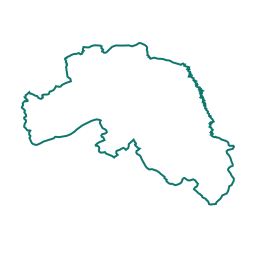 the district of Nalae, Louang Namtha, Laos, rotated 263°
{"feature_id": "54806243B58985543260774", "entity_name": "Nalae", "entity_type": "district", "adm_level": 2, "iso_a3": "LAO", "parent_name": "Laos", "parent_adm1": "Louang Namtha", "projection": "equal_earth", "projection_center": [101.371, 20.533], "detail": "fine", "context": "isolated", "style": "outline", "palette": "teal", "viewbox_px": 256, "rotation_deg": 263, "n_neighbors": 0, "source": "geoboundaries", "source_scale": "gbopen_adm2", "svg_char_len": 5928}
<svg xmlns="http://www.w3.org/2000/svg" viewBox="0 0 256 256"><g transform="rotate(263 128 128)"><path d="M208.6,142.1L209.9,138.9L210.5,132.3L211.4,126.1L210.5,122.1L205.8,115.9L205.5,114.6L205.6,113.4L207.0,112.6L206.9,112.0L207.1,111.6L208.1,112.3L208.6,112.1L209.0,112.7L210.7,111.2L212.3,111.8L213.2,110.4L214.1,105.3L214.1,104.0L214.0,102.7L213.2,100.2L212.8,99.6L212.9,97.6L213.8,93.7L211.4,92.7L210.9,92.7L210.0,93.5L209.2,92.1L208.7,92.3L208.3,91.7L207.4,91.5L207.2,91.1L207.0,89.7L208.1,88.8L208.3,88.2L207.8,85.3L208.0,84.8L207.9,82.7L207.2,80.1L206.5,78.9L206.1,77.0L205.5,75.7L205.0,75.6L204.9,74.4L204.3,73.9L203.3,74.1L202.2,74.9L200.9,74.3L199.9,75.1L199.3,75.1L199.0,74.8L198.5,75.2L197.7,75.1L196.2,74.0L186.2,74.2L183.8,76.8L181.3,77.0L180.3,72.0L178.7,67.5L177.6,66.6L177.2,65.3L178.2,61.5L177.1,60.9L174.9,59.0L174.1,57.1L173.6,54.7L171.4,53.5L171.1,52.4L171.4,48.4L171.2,47.1L170.6,46.8L170.3,47.2L168.7,47.2L168.6,46.6L167.8,46.1L167.5,45.5L167.9,44.2L168.9,42.7L170.8,41.7L171.3,40.0L172.8,38.0L174.0,35.8L174.1,35.0L175.6,34.4L173.6,31.7L173.2,30.6L172.8,30.3L171.0,30.1L171.0,29.3L169.7,30.0L169.0,30.9L168.3,30.9L167.8,31.7L167.0,31.6L166.9,30.3L167.3,28.9L166.6,27.9L165.4,26.5L163.3,26.6L161.7,25.2L160.7,25.3L159.2,27.0L157.8,27.8L156.3,27.0L153.4,28.4L151.9,28.2L151.1,26.4L150.7,26.1L149.5,26.3L148.2,27.6L147.6,27.7L146.1,27.2L145.2,26.2L142.3,25.1L141.4,25.3L140.2,26.5L138.0,27.7L137.7,28.4L137.7,29.8L137.3,30.7L135.4,29.3L133.2,29.2L132.4,30.1L131.8,30.1L131.1,29.9L130.2,29.0L125.9,30.3L124.7,30.8L123.9,31.6L122.9,33.3L122.3,35.4L123.7,39.9L124.8,42.3L126.8,53.1L127.8,54.2L128.1,55.0L127.3,58.8L127.7,66.3L128.8,70.3L131.0,74.6L132.8,77.0L136.2,83.1L139.4,92.3L140.0,94.9L140.4,97.9L139.4,101.0L138.8,101.8L137.7,101.1L136.2,100.7L131.0,102.7L129.8,104.6L128.4,106.1L126.6,106.5L125.6,105.5L125.1,103.3L125.0,101.6L123.8,100.6L122.5,100.9L121.7,102.3L118.9,103.2L118.2,101.2L117.5,97.9L116.4,95.6L115.0,93.8L114.4,93.9L114.0,95.6L113.1,96.6L111.6,97.1L109.1,96.3L108.0,96.6L106.9,97.9L106.7,100.8L106.9,102.2L105.2,103.2L102.2,108.8L100.4,110.6L101.1,111.3L101.5,112.5L102.6,114.5L104.3,113.3L105.8,113.4L106.7,114.0L107.4,117.4L108.2,118.8L108.8,121.1L108.1,122.1L106.6,123.2L108.0,125.7L109.8,126.5L111.9,126.8L115.7,132.2L112.5,133.4L111.9,134.0L111.1,133.9L110.6,132.9L110.0,133.0L106.5,135.9L106.1,137.0L104.9,135.5L104.3,133.8L102.8,133.2L101.1,133.9L99.6,136.1L98.1,137.1L95.3,137.8L88.0,140.8L86.2,141.9L84.3,143.9L84.2,146.9L82.1,151.2L80.1,153.6L78.4,154.9L75.0,158.4L73.9,158.0L71.9,160.1L71.2,159.6L70.5,159.7L69.2,160.8L67.8,162.3L67.3,163.4L67.3,164.8L65.5,168.0L65.7,169.7L66.3,172.2L67.4,174.3L70.6,176.0L71.5,177.4L71.5,178.0L68.8,181.0L68.4,182.8L69.1,186.5L67.7,188.5L66.9,188.7L64.1,190.6L61.5,189.2L60.8,187.2L59.2,186.0L57.0,188.2L54.3,190.3L53.8,191.2L52.5,192.2L51.9,193.1L50.4,193.3L49.4,194.5L48.3,196.5L46.9,197.1L47.0,197.3L45.6,198.4L44.0,199.0L42.7,199.1L42.0,200.4L41.9,206.0L43.3,206.6L44.8,208.5L46.2,210.7L47.7,212.2L49.6,213.4L51.0,218.1L53.5,219.8L57.9,221.5L58.7,223.8L62.5,226.4L64.9,226.9L68.2,224.9L70.3,224.3L73.6,222.4L74.9,222.3L76.2,223.4L77.3,225.4L77.7,227.2L79.3,227.5L81.8,226.7L85.8,226.0L89.0,224.7L90.8,223.2L92.8,223.0L94.0,224.4L94.5,229.3L96.4,230.9L97.5,230.4L98.0,226.6L98.9,225.8L100.5,225.9L102.2,225.1L103.5,223.2L104.9,219.9L107.3,216.8L107.7,215.0L108.6,213.9L108.2,213.0L109.3,210.9L110.2,210.1L110.5,210.0L111.3,210.9L111.5,209.6L112.5,210.4L113.4,209.5L113.5,209.7L113.4,210.7L114.4,210.2L115.1,211.5L116.0,211.9L116.7,210.9L118.0,210.7L119.1,209.2L119.6,210.0L120.8,210.2L121.2,209.7L121.5,209.9L122.0,210.8L122.3,210.1L122.2,209.7L122.4,209.5L122.9,210.0L122.8,210.7L123.3,210.4L123.6,210.7L123.6,212.8L123.9,213.8L125.9,213.1L128.8,210.9L129.4,211.5L129.8,211.4L129.8,211.1L129.3,211.1L129.3,210.8L129.9,210.0L132.0,210.2L133.2,208.9L134.6,209.4L136.5,207.8L137.4,208.2L138.1,207.2L138.0,206.2L138.7,207.3L140.3,207.6L140.5,207.6L140.6,206.9L141.7,207.4L141.7,206.5L142.2,206.8L142.4,207.5L142.7,207.5L143.0,206.5L143.7,206.9L143.8,206.2L144.3,205.5L144.5,205.7L144.4,206.2L144.7,206.2L144.9,205.4L145.4,205.6L146.0,207.0L146.3,206.7L146.3,206.0L146.8,205.7L148.1,206.1L148.6,205.5L148.8,205.8L148.6,206.3L149.2,206.2L149.3,205.0L149.5,204.8L149.2,204.0L149.5,203.6L149.8,204.0L149.7,204.4L150.6,204.3L151.0,205.3L151.5,205.0L151.7,204.3L152.7,204.0L153.0,204.4L153.0,205.1L153.6,205.8L153.8,205.7L153.4,204.8L153.8,204.2L154.1,204.8L154.8,204.8L154.6,205.4L155.3,205.9L155.8,206.8L156.3,206.1L155.2,205.1L155.3,204.5L155.8,204.9L156.1,204.7L155.9,204.3L156.0,204.1L156.5,204.5L156.5,203.6L157.1,203.9L157.7,203.3L158.0,203.7L157.5,204.5L157.5,204.9L158.0,205.1L158.4,204.5L159.0,204.4L159.1,203.8L159.7,203.8L159.8,203.4L159.5,203.1L159.7,202.7L160.5,201.5L161.5,200.6L162.2,200.9L162.4,201.2L162.1,201.9L162.4,202.2L163.0,201.6L163.6,201.8L163.8,200.7L164.4,201.0L165.1,200.6L165.7,200.8L165.7,200.0L166.0,199.7L166.4,200.0L166.1,200.3L166.2,200.6L166.4,200.1L166.7,200.4L167.5,199.0L167.8,199.3L168.3,198.9L169.5,199.1L170.0,197.9L170.8,197.1L171.3,197.3L171.1,196.9L171.6,196.2L171.4,195.1L171.6,194.5L172.1,194.7L172.3,195.6L173.1,195.7L173.2,196.1L172.9,196.5L173.0,196.7L173.7,196.7L174.3,195.6L174.6,195.8L174.5,196.6L175.0,196.3L175.5,196.5L175.8,195.8L176.1,195.7L176.2,196.3L176.4,196.3L176.6,195.7L177.1,194.9L178.1,195.0L178.4,194.6L178.9,196.0L179.3,195.7L179.7,195.8L179.8,194.7L180.8,195.7L180.9,195.2L181.3,195.2L181.6,194.0L183.0,191.4L184.0,192.1L184.1,191.5L185.2,190.7L185.0,189.4L184.5,188.9L184.3,188.3L187.8,180.2L189.5,178.1L190.2,176.5L190.7,173.9L191.6,172.7L192.5,169.8L193.2,165.8L194.4,163.2L194.6,162.3L194.0,158.9L194.5,158.3L194.9,158.5L195.7,157.8L196.0,157.2L196.5,157.6L197.6,156.8L197.8,156.3L198.3,156.6L199.1,156.3L201.5,156.6L202.5,156.1L205.6,156.8L206.7,156.4L208.2,155.0L210.7,151.0L211.0,149.5L209.5,146.3L208.6,142.1Z" fill="none" stroke="#0f766e" stroke-width="2"/></g></svg>